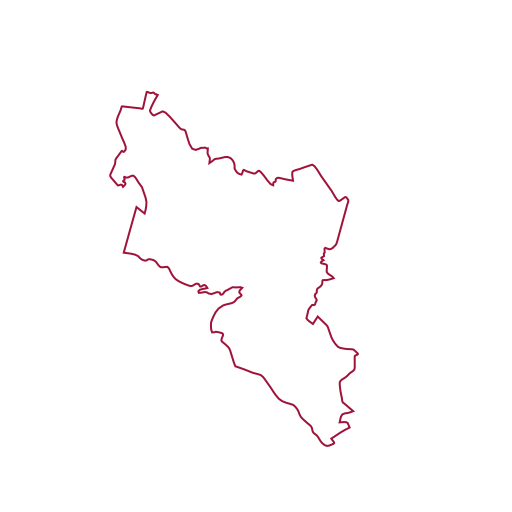 an SVG outline of Nuevo León, rotated 326°
{"feature_id": "MEX-2714", "entity_name": "Nuevo León", "entity_type": "State", "adm_level": 1, "iso_a3": "MEX", "parent_name": "Mexico", "parent_adm1": "", "projection": "orthographic", "projection_center": [-99.943, 25.492], "detail": "fine", "context": "isolated", "style": "outline", "palette": "rose", "viewbox_px": 512, "rotation_deg": 326, "n_neighbors": 0, "source": "natural_earth", "source_scale": "10m", "svg_char_len": 6115}
<svg xmlns="http://www.w3.org/2000/svg" viewBox="0 0 512 512"><g transform="rotate(326 256 256)"><path d="M257.2,58.9L258.1,59.7L258.8,60.9L259.7,62.0L260.4,62.4L261.8,62.8L262.3,63.1L262.7,63.9L262.8,64.9L263.1,65.8L263.7,66.1L264.6,67.6L260.5,69.5L256.7,71.5L252.9,73.7L249.4,76.1L249.0,77.3L249.0,79.4L249.3,81.4L249.9,82.4L259.5,83.9L261.2,86.6L262.4,92.4L263.8,102.8L264.2,106.3L264.6,108.3L265.2,109.5L266.9,111.0L267.4,112.3L267.1,113.9L265.0,120.5L263.4,126.2L263.1,131.4L265.5,134.5L266.4,134.5L266.9,134.7L268.0,135.1L271.0,135.6L271.8,136.3L273.6,137.2L274.5,137.8L274.9,138.4L275.1,139.0L275.4,139.5L276.2,139.8L275.2,141.3L273.9,142.8L273.0,144.5L272.7,146.4L272.6,148.7L271.8,150.1L270.7,151.3L269.3,152.9L272.4,152.9L275.6,152.6L276.6,152.8L277.7,153.3L279.9,154.5L285.3,156.5L287.8,158.0L289.5,160.3L290.1,162.8L290.1,165.2L289.5,167.6L288.4,169.8L287.4,171.1L287.1,171.8L287.0,173.0L286.9,174.7L287.0,176.1L287.4,177.4L288.2,178.8L289.5,180.4L291.3,179.4L293.0,177.9L294.1,177.8L295.3,180.1L296.0,181.1L296.8,182.0L300.2,186.4L301.3,187.0L302.5,187.1L304.9,186.7L306.0,186.9L306.5,187.7L307.1,190.3L307.5,194.3L307.7,199.7L308.3,204.6L309.8,207.0L310.2,206.5L311.1,205.3L311.6,204.9L312.2,204.8L313.3,205.2L313.9,205.1L314.3,204.8L315.0,203.7L315.5,203.3L317.2,203.1L318.5,203.8L319.7,205.0L322.8,208.4L324.8,210.4L328.8,214.3L330.8,210.1L332.1,207.9L333.3,206.6L334.8,206.5L337.0,207.0L340.9,208.3L345.7,209.5L353.6,211.7L354.7,214.0L355.0,218.5L354.7,226.5L355.1,244.2L354.7,250.8L354.7,254.5L355.3,256.7L356.4,257.1L358.3,257.1L361.6,257.0L362.8,257.0L363.4,257.4L363.7,258.1L363.8,261.2L362.9,262.5L360.3,264.5L331.0,289.7L329.5,290.8L328.0,291.5L326.1,291.8L324.2,292.2L322.2,292.1L320.5,291.4L319.2,289.7L318.0,288.0L317.0,288.2L316.0,289.6L314.9,291.5L313.6,291.9L313.0,293.0L312.4,294.1L310.9,294.1L309.3,293.9L308.9,294.6L309.1,295.8L309.6,297.2L308.4,297.1L307.0,297.2L306.0,297.8L306.2,298.8L308.2,300.8L309.2,302.1L309.6,303.0L309.2,304.0L308.4,305.2L306.7,307.2L305.7,308.9L305.8,310.9L306.5,312.8L307.4,314.7L307.8,316.2L308.0,317.8L306.1,317.3L304.0,316.6L301.9,315.8L300.2,314.9L298.7,313.8L297.8,313.4L297.0,313.9L296.0,315.3L295.3,316.1L294.5,316.6L293.7,316.9L292.7,317.2L290.9,317.4L289.5,317.3L288.3,317.6L287.0,318.7L286.7,319.1L286.5,319.6L286.2,320.0L285.5,320.4L285.0,320.6L283.8,320.7L283.3,321.0L282.4,322.0L282.0,323.0L281.9,325.7L281.6,326.7L281.2,327.0L280.5,327.2L279.7,327.6L278.5,328.7L277.9,329.1L277.2,329.3L276.6,329.1L275.4,328.1L274.8,328.0L271.5,329.1L269.8,329.7L268.5,330.7L267.2,332.0L265.8,333.3L263.0,335.8L263.0,337.5L263.6,339.8L265.2,344.2L273.3,340.7L275.7,352.1L275.9,353.7L275.8,355.2L274.7,359.2L273.0,365.9L272.6,368.9L272.6,373.1L273.2,377.1L274.5,379.4L278.2,383.0L279.6,384.1L282.5,386.3L283.8,387.3L284.7,388.6L285.6,392.5L285.8,393.6L285.7,394.3L284.9,394.5L282.6,394.0L281.7,394.4L275.4,403.8L274.0,405.2L271.8,405.6L269.4,405.6L267.3,405.8L265.1,406.3L262.8,406.6L260.5,406.6L258.3,406.5L257.3,406.6L256.4,406.8L255.7,407.0L255.0,407.4L254.0,408.7L253.0,410.3L250.3,415.6L247.6,422.1L246.6,424.0L246.3,424.9L246.1,425.9L247.1,429.1L248.0,432.4L249.8,439.0L247.6,438.5L245.5,437.9L243.5,437.1L241.5,436.1L238.9,435.6L236.6,436.7L234.5,438.6L232.3,440.7L236.1,442.9L237.9,444.3L238.6,445.8L237.7,450.6L232.5,449.9L227.1,449.6L216.3,449.5L216.5,454.0L216.1,454.9L215.3,455.0L210.6,454.1L208.7,453.2L207.4,451.6L206.5,449.1L206.1,447.2L206.0,445.6L206.2,440.6L206.1,439.1L205.8,437.8L204.9,435.3L204.8,434.0L205.1,432.5L206.2,429.7L206.4,428.2L206.2,427.0L205.9,425.8L205.2,423.5L203.6,417.3L203.2,414.2L203.6,411.2L204.3,408.5L204.5,405.9L204.3,403.2L203.7,400.4L201.3,397.3L198.7,394.2L196.5,390.9L195.1,387.1L194.6,382.6L194.5,378.0L194.6,373.3L194.5,368.7L194.4,363.2L194.2,360.4L193.6,358.0L192.6,356.3L191.2,354.6L188.3,351.4L182.9,343.5L180.1,339.7L177.2,335.9L178.1,331.9L181.7,320.0L182.1,317.7L182.0,315.8L181.6,313.9L181.0,311.5L180.3,309.2L179.9,307.5L180.3,306.3L181.9,304.9L183.5,303.9L184.7,302.9L185.0,301.6L183.9,300.0L181.5,297.4L180.2,296.3L178.7,295.9L176.9,294.7L177.9,291.5L180.2,287.8L182.0,285.6L186.4,282.6L190.9,280.1L195.7,278.6L201.0,278.6L203.0,279.1L205.0,279.8L208.9,281.3L210.9,281.8L212.6,281.8L214.3,281.4L216.3,280.7L217.6,280.6L219.3,280.9L221.0,280.9L222.1,280.4L222.1,279.9L221.8,277.7L221.8,276.9L222.2,276.3L222.8,275.8L223.6,275.4L226.8,274.7L225.8,273.3L221.3,270.5L219.5,269.0L218.7,268.7L214.4,268.3L213.0,268.2L211.6,267.9L210.2,268.0L207.1,269.0L205.8,268.8L205.0,268.1L205.1,267.4L205.4,266.7L205.4,265.9L203.4,264.1L200.5,263.4L197.7,262.6L195.7,260.5L195.1,258.9L193.4,257.2L190.3,255.9L188.0,254.6L188.5,253.0L190.5,252.6L193.1,253.4L195.7,254.6L197.8,255.3L197.8,253.1L197.5,252.1L197.0,251.2L196.0,250.8L193.6,250.7L192.7,250.2L192.6,249.5L192.7,248.5L192.8,247.6L192.4,246.7L191.8,246.1L191.2,245.7L190.5,245.4L189.7,245.3L187.7,245.3L186.2,245.0L184.8,244.2L183.4,242.5L181.4,239.7L179.5,236.7L177.8,233.6L176.5,230.4L176.0,227.3L176.0,224.1L176.4,220.8L176.9,217.8L176.5,215.5L174.6,214.3L172.3,213.2L170.6,211.8L170.0,209.4L169.9,207.1L169.8,204.7L168.9,202.4L168.0,201.2L166.8,199.9L165.5,198.8L164.2,198.4L162.7,198.4L161.8,198.1L161.0,197.4L159.9,195.9L159.1,194.5L158.7,193.2L158.2,190.2L156.4,187.1L153.8,184.3L148.2,179.3L165.3,164.7L184.3,148.6L187.4,158.5L190.2,156.1L192.7,153.5L195.4,150.0L197.1,145.8L199.5,136.9L199.9,135.3L199.9,133.5L199.7,130.0L199.9,125.3L199.8,122.7L199.3,120.9L197.8,120.0L193.6,119.3L192.2,118.3L191.2,116.8L190.7,116.9L190.4,117.9L189.9,119.1L189.4,119.4L188.1,119.4L187.6,119.8L187.6,120.4L188.0,120.9L188.3,121.3L188.5,121.7L188.2,123.1L187.3,123.7L186.1,124.0L184.4,124.3L184.6,122.0L183.6,121.1L182.1,120.8L180.9,120.2L179.7,109.8L179.9,108.1L180.8,107.0L190.3,101.1L191.3,100.1L193.1,97.8L194.2,97.1L203.1,93.9L203.7,93.9L203.9,94.5L204.1,95.2L204.5,95.7L205.1,95.7L207.5,94.9L209.0,92.7L210.1,88.4L210.9,83.7L212.3,77.0L213.0,73.5L213.8,70.0L215.0,67.2L217.1,65.0L219.9,62.9L222.9,61.0L225.5,59.3L228.0,57.2L228.6,57.0L242.5,68.8L243.7,70.1L244.3,70.5L245.0,70.2L255.2,60.6L257.2,58.9Z" fill="none" stroke="#9f1239" stroke-width="2"/></g></svg>